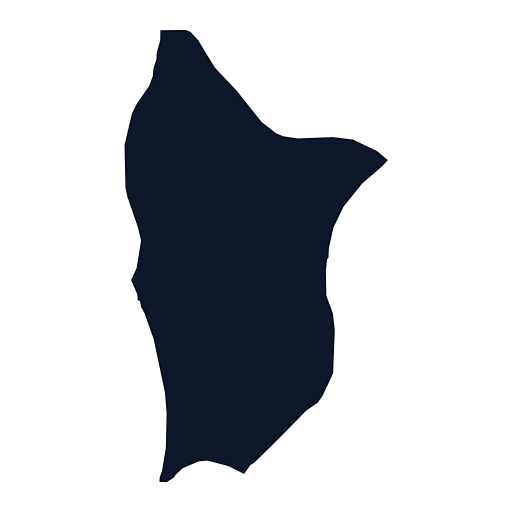 the district of San Juan Atitán, Huehuetenango, Guatemala
{"feature_id": "79465075B84828217033389", "entity_name": "San Juan Atitán", "entity_type": "district", "adm_level": 2, "iso_a3": "GTM", "parent_name": "Guatemala", "parent_adm1": "Huehuetenango", "projection": "robinson", "projection_center": [-91.627, 15.473], "detail": "fine", "context": "isolated", "style": "filled", "palette": "ink", "viewbox_px": 512, "rotation_deg": 0, "n_neighbors": 0, "source": "geoboundaries", "source_scale": "gbopen_adm2", "svg_char_len": 972}
<svg xmlns="http://www.w3.org/2000/svg" viewBox="0 0 512 512"><path d="M386.7,160.2L376.9,151.9L352.7,140.3L332.9,137.9L297.5,139.2L282.9,137.0L275.4,133.8L261.0,122.5L235.5,90.5L214.4,68.3L197.4,40.5L190.1,32.6L185.6,30.7L161.1,31.0L161.0,40.5L157.4,53.1L157.3,58.8L154.2,68.8L153.6,76.1L149.9,86.2L137.5,104.0L132.7,113.8L125.3,144.9L126.2,187.0L128.1,196.6L138.6,226.9L141.9,240.6L137.4,268.2L132.0,280.1L138.1,294.3L138.3,299.4L140.7,300.6L141.9,306.8L145.3,313.1L154.4,338.9L165.7,392.3L167.4,413.3L166.6,448.1L162.8,471.1L160.4,477.6L160.3,481.2L166.7,481.3L173.1,477.1L175.2,474.1L182.5,467.4L198.5,460.6L207.6,459.8L228.7,465.4L243.9,473.0L249.8,464.5L253.6,462.3L271.7,444.5L279.0,437.2L295.5,420.5L305.4,410.3L317.2,402.1L321.7,395.8L329.6,379.1L332.4,372.8L334.0,329.6L332.1,313.4L325.6,295.9L325.1,270.5L326.3,258.7L327.6,257.7L328.2,247.5L332.6,227.6L342.9,206.2L361.5,183.1L381.8,165.6L386.7,160.2Z" fill="#0f172a" stroke="#020617" stroke-width="1.5"/></svg>